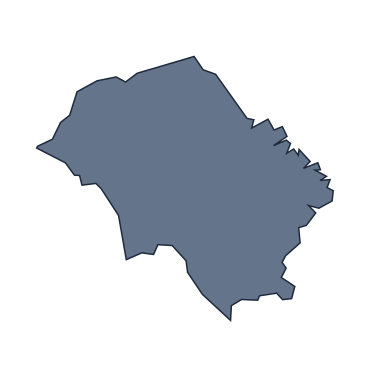 Centar Zhupa, Centar župa, North Macedonia (Equal Earth projection), rotated 163°
{"feature_id": "65306769B61721229469178", "entity_name": "Centar Zhupa", "entity_type": "district", "adm_level": 2, "iso_a3": "MKD", "parent_name": "North Macedonia", "parent_adm1": "Centar župa", "projection": "equal_earth", "projection_center": [20.582, 41.471], "detail": "fine", "context": "isolated", "style": "filled", "palette": "slate", "viewbox_px": 384, "rotation_deg": 163, "n_neighbors": 0, "source": "geoboundaries", "source_scale": "gbopen_adm2", "svg_char_len": 1008}
<svg xmlns="http://www.w3.org/2000/svg" viewBox="0 0 384 384"><g transform="rotate(163 192 192)"><path d="M124.2,91.7L126.4,98.3L121.1,103.7L103.5,111.7L100.4,126.7L92.4,126.7L79.8,135.8L84.5,145.0L75.4,139.4L60.6,142.5L56.6,151.9L61.5,156.8L56.3,163.5L66.1,165.6L58.8,167.7L67.9,176.9L62.7,175.7L63.1,183.2L78.5,182.0L70.1,186.7L77.2,201.4L79.6,196.1L82.2,203.4L90.0,201.4L83.7,209.6L86.7,214.1L100.5,212.5L84.9,217.4L86.5,228.1L95.4,227.3L98.0,239.4L116.3,235.7L111.7,243.0L117.8,246.2L135.0,297.7L145.6,305.6L150.4,321.0L209.6,321.6L223.4,316.6L230.9,324.2L250.3,326.1L272.6,321.5L286.6,301.1L297.3,297.0L310.0,283.3L326.4,280.9L327.7,279.4L304.6,257.0L299.5,242.5L294.7,240.6L295.2,230.7L281.4,228.3L277.9,221.8L269.1,191.0L274.6,146.5L257.9,148.5L247.0,143.5L240.0,151.6L226.6,146.6L217.8,128.0L219.7,116.5L212.0,91.1L192.7,57.9L187.5,71.9L176.0,74.7L160.8,69.3L157.8,73.0L140.6,70.5L136.9,62.6L127.9,60.9L121.3,71.6L131.6,84.1L124.2,91.7Z" fill="#64748b" stroke="#1e293b" stroke-width="1.5"/></g></svg>